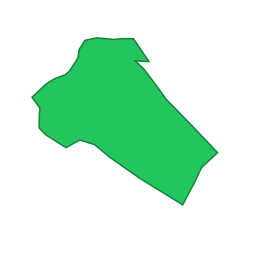 Nowon-gu, Seoul, South Korea (Equal Earth projection), rotated 137°
{"feature_id": "91817680B6950995223857", "entity_name": "Nowon-gu", "entity_type": "district", "adm_level": 2, "iso_a3": "KOR", "parent_name": "South Korea", "parent_adm1": "Seoul", "projection": "equal_earth", "projection_center": [127.08, 37.646], "detail": "fine", "context": "isolated", "style": "filled", "palette": "green", "viewbox_px": 256, "rotation_deg": 137, "n_neighbors": 0, "source": "geoboundaries", "source_scale": "gbopen_adm2", "svg_char_len": 558}
<svg xmlns="http://www.w3.org/2000/svg" viewBox="0 0 256 256"><g transform="rotate(137 128 128)"><path d="M79.3,48.9L79.6,83.9L80.5,123.1L78.8,135.8L76.2,160.4L77.0,172.3L67.4,162.3L63.1,189.6L70.4,196.5L71.8,197.8L77.9,202.3L89.2,215.1L99.7,221.5L107.1,219.5L110.1,218.7L117.1,213.3L131.9,209.6L137.2,209.6L148.5,214.2L157.2,216.0L177.2,216.0L179.0,202.3L183.3,198.7L192.9,188.7L192.9,179.6L186.8,156.0L171.5,152.0L163.8,138.7L161.3,118.7L153.6,82.7L140.4,34.5L117.2,42.6L101.2,48.9L79.3,48.9Z" fill="#22c55e" stroke="#15803d" stroke-width="1.5"/></g></svg>